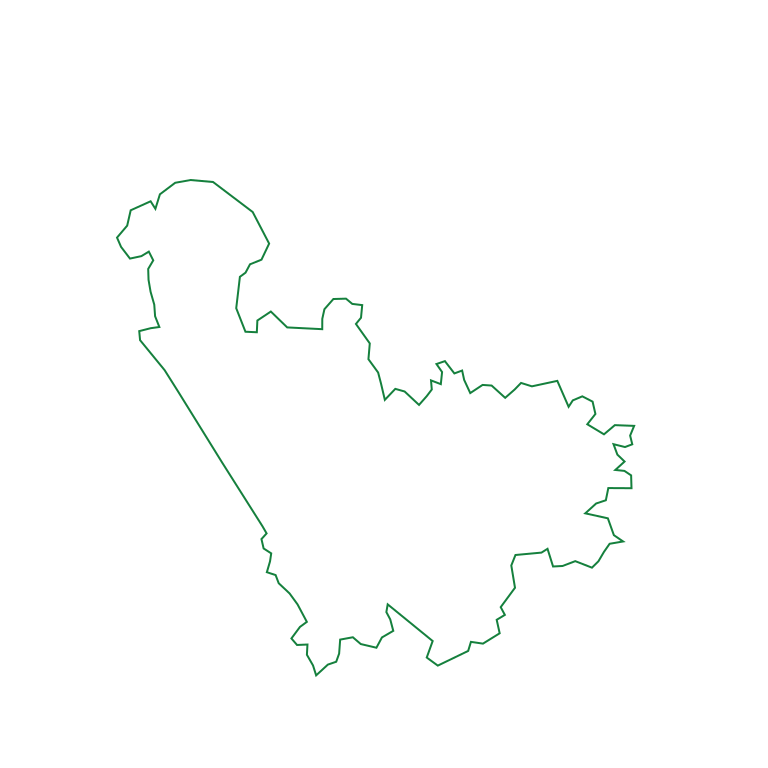 Vila Maria, Rio Grande do Sul, Brazil, rotated 152°
{"feature_id": "56859067B98350178986845", "entity_name": "Vila Maria", "entity_type": "district", "adm_level": 2, "iso_a3": "BRA", "parent_name": "Brazil", "parent_adm1": "Rio Grande do Sul", "projection": "robinson", "projection_center": [-52.161, -28.575], "detail": "fine", "context": "isolated", "style": "outline", "palette": "green", "viewbox_px": 768, "rotation_deg": 152, "n_neighbors": 0, "source": "geoboundaries", "source_scale": "gbopen_adm2", "svg_char_len": 2014}
<svg xmlns="http://www.w3.org/2000/svg" viewBox="0 0 768 768"><g transform="rotate(152 384 384)"><path d="M419.2,597.5L440.1,642.6L459.0,654.9L473.9,659.7L492.8,656.7L503.6,646.0L504.3,654.9L526.1,656.3L536.4,644.4L551.0,638.6L551.8,628.5L549.4,614.0L538.2,610.8L529.5,611.3L529.7,601.5L538.2,596.3L543.0,586.5L546.8,575.0L549.6,561.9L554.3,551.3L555.6,539.8L563.8,542.8L575.3,545.6L578.8,537.2L571.2,499.2L569.3,473.6L563.8,390.7L558.1,315.6L557.8,307.2L565.0,304.6L567.5,295.3L563.1,287.4L567.9,280.9L575.8,272.8L569.4,266.2L570.5,257.5L565.7,243.4L563.8,230.0L563.8,210.2L572.2,209.0L585.2,202.8L583.3,194.4L573.9,189.9L579.2,181.1L578.8,168.8L580.7,158.6L565.3,162.6L556.6,161.2L550.2,167.0L542.7,178.9L530.4,175.0L526.6,165.3L514.5,154.7L504.8,161.2L491.7,161.7L489.0,173.2L489.0,181.5L484.2,187.7L461.7,134.2L474.7,122.4L468.7,110.1L435.0,108.8L428.3,115.5L418.5,108.3L398.9,109.6L395.2,122.9L385.7,123.4L385.7,132.2L364.0,142.6L356.8,164.0L348.2,171.3L324.1,161.2L317.0,161.7L320.4,143.5L311.8,139.5L298.3,137.8L286.6,124.2L277.9,126.8L268.6,132.5L259.8,137.0L246.8,132.7L252.0,142.6L249.4,160.3L267.0,175.3L252.8,178.9L242.7,177.2L234.8,186.8L214.4,175.8L208.7,187.3L212.5,194.4L220.1,199.5L208.0,202.6L211.1,212.1L209.6,223.1L200.8,215.2L193.1,214.2L190.9,222.9L182.8,229.6L199.5,239.3L213.4,236.3L223.4,253.0L211.4,258.3L208.1,270.5L214.7,280.0L225.0,280.9L231.7,277.2L229.5,305.4L254.5,312.5L262.5,320.6L271.2,317.8L283.5,314.9L289.7,332.1L297.4,336.9L312.1,335.5L311.3,350.0L308.7,359.2L316.9,360.3L319.5,375.6L328.3,377.0L327.1,367.3L333.9,357.2L340.8,365.1L344.4,356.7L352.0,353.2L362.9,349.1L369.3,367.7L376.3,374.4L390.7,369.6L386.4,385.9L383.8,396.9L386.1,413.2L377.5,426.5L380.6,450.2L373.2,453.3L366.2,463.9L374.4,469.6L377.5,477.2L388.8,482.8L401.5,478.0L407.9,470.5L412.8,461.4L442.9,479.4L449.9,501.1L466.0,499.5L472.0,489.4L481.8,495.2L478.9,520.3L470.3,532.7L460.9,546.3L454.0,547.3L446.1,552.6L433.8,551.3L419.5,561.9L419.2,597.5Z" fill="none" stroke="#15803d" stroke-width="2"/></g></svg>